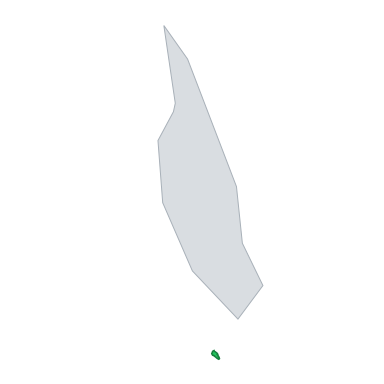 Ngerbeched, Palau (highlighted), rotated 332°
{"feature_id": "81905179B6044255110216", "entity_name": "Ngerbeched", "entity_type": "district", "adm_level": 2, "iso_a3": "PLW", "parent_name": "Palau", "parent_adm1": "", "projection": "equal_earth", "projection_center": [134.477, 7.335], "detail": "fine", "context": "in_parent", "style": "filled", "palette": "green", "viewbox_px": 384, "rotation_deg": 332, "n_neighbors": 0, "source": "geoboundaries", "source_scale": "gbopen_adm2", "svg_char_len": 1554}
<svg xmlns="http://www.w3.org/2000/svg" viewBox="0 0 384 384"><g transform="rotate(332 192 192)"><path d="M210.7,307.9L172.9,325.8L155.3,261.9L161.1,187.7L186.1,130.6L213.3,112.4L218.9,105.8L245.3,31.8L250.5,72.6L233.8,208.1L212.4,260.9L210.7,307.9Z" fill="#d9dde1" stroke="#a8b0b8" stroke-width="1"/><path d="M133.5,345.7L133.7,345.8L133.8,346.0L134.1,346.1L134.1,346.5L134.3,346.6L134.5,346.8L134.5,347.0L134.6,347.4L134.6,347.5L134.7,347.3L134.8,347.2L135.0,347.3L134.9,347.8L135.0,348.0L135.1,348.3L135.2,348.6L135.4,348.9L135.5,349.0L135.6,349.4L135.6,349.6L135.7,349.8L135.8,350.0L136.0,350.5L136.2,350.9L136.3,351.1L136.4,351.3L136.6,351.5L136.9,352.0L137.0,352.2L137.3,352.2L137.5,352.1L137.8,352.2L138.0,352.1L138.1,351.9L138.0,351.7L138.1,351.4L138.2,351.2L138.3,351.0L138.3,350.8L138.3,350.5L138.3,350.4L138.2,350.6L138.0,350.4L137.9,350.2L138.0,350.1L138.2,349.8L138.3,349.8L138.3,349.6L138.2,349.6L138.0,349.3L138.1,349.2L138.2,348.8L138.2,348.6L138.1,348.3L138.2,348.2L138.1,347.8L138.1,347.7L137.9,347.7L137.8,347.8L137.7,347.9L137.9,347.5L138.0,347.3L138.0,347.2L138.3,347.2L138.6,347.2L138.4,345.8L137.4,343.8L137.1,343.4L137.0,343.2L137.1,342.3L136.5,342.3L136.2,342.3L135.6,342.3L135.0,342.8L134.8,342.8L134.7,342.9L134.7,343.1L134.6,343.4L134.4,343.5L134.2,343.5L133.8,343.7L133.6,343.9L133.5,344.0L133.5,345.5L133.5,345.7ZM138.1,347.4L138.2,347.5L138.3,347.4L138.2,347.3L138.1,347.4ZM138.4,347.6L138.3,347.8L138.3,347.7L138.4,347.6ZM138.5,350.8L138.5,350.7L138.5,350.8Z" fill="#22c55e" stroke="#15803d" stroke-width="1.5"/></g></svg>